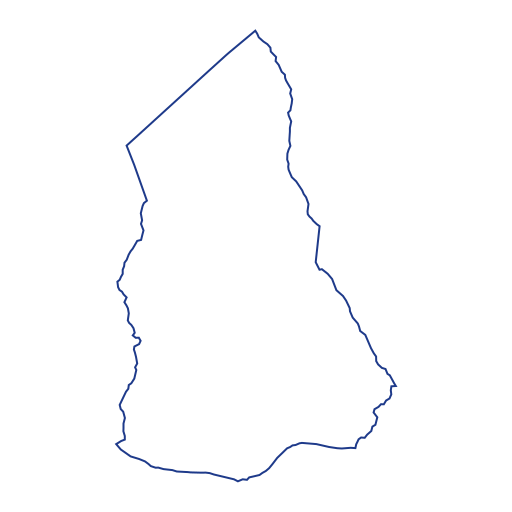 the district of Vila Nova dos Martírios, Maranhão, Brazil
{"feature_id": "56859067B88560531075453", "entity_name": "Vila Nova dos Martírios", "entity_type": "district", "adm_level": 2, "iso_a3": "BRA", "parent_name": "Brazil", "parent_adm1": "Maranhão", "projection": "natural_earth1", "projection_center": [-48.072, -5.04], "detail": "fine", "context": "isolated", "style": "outline", "palette": "blue", "viewbox_px": 512, "rotation_deg": 0, "n_neighbors": 0, "source": "geoboundaries", "source_scale": "gbopen_adm2", "svg_char_len": 2601}
<svg xmlns="http://www.w3.org/2000/svg" viewBox="0 0 512 512"><path d="M126.6,145.6L134.2,164.9L146.9,200.7L143.9,203.1L142.6,206.0L140.8,213.3L142.1,220.3L141.0,223.9L143.5,230.4L142.4,234.6L141.1,239.9L137.2,240.9L134.8,245.1L132.7,248.7L130.6,251.3L128.7,254.6L126.7,259.8L124.5,262.7L124.1,266.3L122.7,269.7L122.7,273.9L121.0,276.8L119.7,279.8L117.4,281.7L118.1,287.2L119.5,290.0L122.0,291.7L123.6,294.4L126.6,297.4L124.4,302.2L126.5,305.5L127.9,308.3L128.8,313.4L127.8,320.4L129.1,322.9L131.3,324.9L133.5,328.2L134.7,332.8L132.8,335.4L135.7,337.8L138.8,337.7L140.6,340.8L139.1,344.1L134.4,346.5L133.9,349.5L134.9,352.5L136.0,356.8L137.2,363.5L135.1,367.3L136.3,370.0L134.3,378.6L131.3,383.3L128.8,385.0L128.3,388.8L126.0,391.7L119.7,404.9L120.7,409.0L123.2,411.7L124.9,418.0L123.5,423.5L123.5,428.1L123.4,431.3L124.8,436.0L124.8,439.6L121.2,441.0L116.2,444.1L120.8,449.5L130.6,456.4L139.1,459.0L145.0,461.4L148.5,464.0L150.8,466.1L155.6,467.7L158.3,467.6L163.5,469.1L172.4,470.1L176.8,471.5L187.9,472.1L190.7,472.4L202.0,472.7L205.6,472.6L209.7,473.1L213.9,474.5L234.0,479.3L237.9,481.3L242.7,479.3L247.0,479.8L249.2,477.4L253.6,476.4L259.5,475.0L262.4,472.9L265.8,471.0L269.1,468.2L272.3,464.3L277.2,457.9L287.1,448.3L290.2,447.0L292.5,445.4L295.6,445.0L299.5,443.3L301.9,442.9L316.4,444.1L329.1,447.0L337.2,448.2L341.7,448.5L350.7,447.8L355.4,448.1L356.2,444.3L357.5,441.7L358.6,439.3L361.1,437.5L364.7,437.8L367.2,434.6L371.3,431.0L372.4,426.6L375.4,424.8L377.3,417.3L373.6,412.5L374.5,409.2L378.5,406.9L381.0,404.2L383.8,404.3L386.1,400.5L389.5,398.5L391.3,394.4L390.8,390.3L391.4,386.3L395.8,386.0L394.1,383.2L389.8,375.3L387.5,373.9L385.5,369.0L381.9,367.9L378.1,364.4L376.2,361.1L376.1,356.5L373.8,353.3L371.0,348.2L365.3,334.9L360.2,331.0L359.0,326.5L357.8,323.5L352.7,317.6L350.0,311.3L349.7,308.1L346.1,300.6L343.0,296.0L336.4,290.2L332.1,279.0L327.7,273.8L321.9,269.2L319.5,269.7L315.7,262.2L319.6,226.2L316.8,224.2L313.3,220.9L311.6,218.5L309.5,216.6L307.8,214.3L307.5,211.3L308.5,204.0L306.1,197.3L303.7,194.0L302.2,190.4L296.2,181.4L291.8,177.2L290.2,173.5L288.6,169.7L288.2,166.7L288.6,163.7L287.2,159.6L287.4,153.6L288.6,149.7L290.4,145.9L289.3,140.9L289.9,131.5L289.9,127.8L291.2,121.4L290.1,118.9L288.7,115.5L288.1,112.6L290.4,110.3L290.9,107.2L291.7,103.5L292.2,99.2L290.2,93.5L291.2,89.3L287.7,83.4L286.0,80.4L285.1,77.8L284.9,74.7L281.7,71.8L278.7,64.9L275.6,61.1L276.1,57.0L273.4,54.3L270.8,51.6L270.4,47.7L267.4,44.2L263.4,41.5L258.8,37.4L257.2,33.7L255.3,30.7L229.3,52.4L226.3,55.0L209.5,70.2L141.4,132.2L126.6,145.6Z" fill="none" stroke="#1e3a8a" stroke-width="2"/></svg>